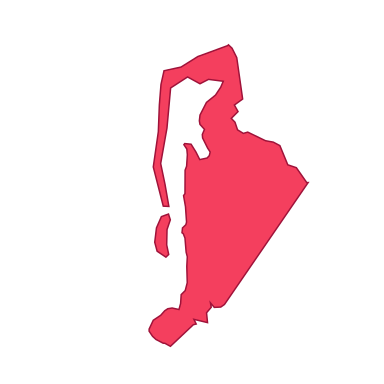 Franklin, United States of America (Equal Earth projection), rotated 124°
{"feature_id": "52423323B15178674781049", "entity_name": "Franklin", "entity_type": "district", "adm_level": 2, "iso_a3": "USA", "parent_name": "United States of America", "parent_adm1": "", "projection": "equal_earth", "projection_center": [-84.778, 29.8], "detail": "fine", "context": "isolated", "style": "filled", "palette": "rose", "viewbox_px": 384, "rotation_deg": 124, "n_neighbors": 0, "source": "geoboundaries", "source_scale": "gbopen_adm2", "svg_char_len": 1465}
<svg xmlns="http://www.w3.org/2000/svg" viewBox="0 0 384 384"><g transform="rotate(124 192 192)"><path d="M113.5,119.1L115.9,127.8L104.4,145.1L105.2,152.5L108.4,159.8L111.2,179.3L114.7,182.2L115.0,189.0L110.1,195.4L109.0,200.6L99.6,198.8L96.2,205.5L86.6,202.0L55.6,230.0L50.4,239.2L49.6,244.1L50.7,244.3L76.4,262.9L94.6,271.0L107.1,283.0L120.1,277.9L138.0,267.8L160.9,253.6L192.9,238.1L219.8,207.9L216.9,203.1L200.9,218.5L185.9,233.9L153.0,248.5L117.7,267.9L99.1,260.0L97.8,245.9L89.4,241.3L82.7,228.0L89.0,226.8L98.5,226.7L109.6,230.1L123.7,228.4L128.9,225.7L131.5,223.2L133.1,216.7L138.6,215.6L141.3,213.4L146.8,203.7L148.7,199.3L152.2,198.0L155.4,198.5L160.8,203.7L156.7,211.0L152.9,219.5L155.9,225.1L157.3,225.2L159.3,220.3L163.7,216.7L173.6,210.9L177.8,209.9L197.3,196.9L199.7,197.0L207.8,189.2L220.0,179.7L222.6,178.8L227.1,179.8L231.4,177.5L231.4,176.0L234.1,172.1L245.2,163.2L248.3,159.7L256.6,154.7L269.9,145.2L277.5,142.5L283.1,143.6L290.8,139.1L296.7,137.1L299.3,143.6L302.3,146.8L305.7,148.2L311.7,149.0L320.0,152.4L329.6,150.9L331.4,149.7L333.7,144.0L334.4,139.4L333.5,131.4L332.6,129.9L332.0,123.6L301.3,116.7L299.1,114.7L296.5,119.2L291.6,106.1L284.0,112.4L276.8,111.6L273.6,114.7L275.2,109.0L271.3,103.8L267.1,102.2L119.2,101.0L120.0,102.2L113.5,119.1ZM227.2,194.4L223.4,199.2L229.5,203.6L241.6,201.4L254.5,194.8L260.6,187.8L260.6,177.2L256.8,176.4L250.0,183.4L237.1,191.7L227.2,194.4Z" fill="#f43f5e" stroke="#9f1239" stroke-width="1.5"/></g></svg>